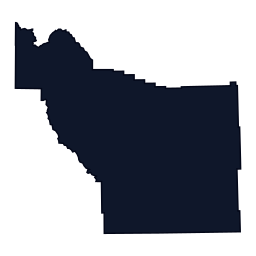 Fremont, Wyoming, United States of America (Albers equal-area conic projection)
{"feature_id": "52423323B51643539353926", "entity_name": "Fremont", "entity_type": "district", "adm_level": 2, "iso_a3": "USA", "parent_name": "United States of America", "parent_adm1": "Wyoming", "projection": "albers", "projection_center": [-109.435, 43.135], "detail": "fine", "context": "isolated", "style": "filled", "palette": "ink", "viewbox_px": 256, "rotation_deg": 0, "n_neighbors": 0, "source": "geoboundaries", "source_scale": "gbopen_adm2", "svg_char_len": 2245}
<svg xmlns="http://www.w3.org/2000/svg" viewBox="0 0 256 256"><path d="M235.7,82.1L230.4,82.3L230.5,85.8L181.4,86.9L181.4,88.2L180.1,88.2L165.5,88.4L165.5,86.7L155.0,86.8L155.0,83.3L144.6,83.4L144.5,79.9L134.1,80.0L134.1,74.8L123.6,74.9L123.6,71.3L113.2,71.4L113.1,69.7L92.4,69.7L92.4,60.1L90.2,58.6L86.8,52.3L84.4,51.1L83.3,48.3L80.3,47.2L80.0,46.4L79.2,43.9L78.1,42.9L75.4,42.8L74.1,38.0L72.5,37.8L71.2,34.8L69.5,34.2L68.7,32.2L66.1,32.0L65.8,30.0L62.7,31.2L60.7,29.3L58.5,29.3L57.2,30.6L56.0,31.2L55.6,30.6L54.3,31.8L52.9,32.7L50.3,35.6L49.4,38.3L48.8,39.5L49.0,40.7L49.3,41.9L48.7,42.6L47.6,42.6L46.5,43.1L45.4,43.6L44.5,43.6L43.5,44.0L42.5,44.7L41.9,45.4L41.3,45.8L41.1,45.7L40.7,45.7L40.6,45.9L39.9,46.3L39.3,46.8L39.0,47.2L38.7,47.4L38.3,47.5L37.8,47.3L37.1,46.8L36.4,46.4L36.0,46.0L35.6,46.0L35.3,45.7L35.2,45.4L34.9,45.1L34.7,45.2L33.9,45.6L33.1,45.0L32.8,44.1L33.1,43.4L32.7,42.7L32.9,42.0L33.4,41.5L34.2,41.4L35.0,41.2L35.7,41.0L36.1,40.6L36.2,40.3L36.0,40.1L35.3,39.8L34.9,39.4L35.1,38.9L35.4,38.7L35.4,37.4L34.9,37.1L33.6,35.9L33.2,35.1L33.4,34.0L33.2,33.2L32.5,32.8L31.8,32.5L31.8,31.2L32.6,30.2L32.6,29.2L31.6,29.3L30.7,29.8L27.4,30.2L24.8,28.6L22.0,29.2L20.7,29.7L20.2,29.2L20.1,28.8L20.2,28.5L20.2,28.1L20.2,27.9L20.1,27.7L19.9,27.6L19.7,27.7L19.2,27.6L18.9,27.7L18.7,27.5L18.7,27.0L18.6,26.5L18.7,26.2L18.5,25.9L18.2,25.7L18.3,25.4L18.0,25.1L17.9,24.8L17.7,24.4L17.5,24.1L17.5,23.8L17.4,23.4L16.1,22.7L15.7,22.7L15.5,45.3L15.7,46.0L15.4,88.2L41.4,88.6L41.4,92.6L41.3,100.3L43.2,100.3L45.4,99.3L46.6,100.3L46.2,104.6L48.5,107.1L47.4,110.5L47.9,111.3L46.7,112.5L48.1,114.5L48.7,116.9L48.2,118.5L49.6,120.0L50.3,124.4L52.2,124.8L53.0,129.4L55.6,130.6L58.3,134.5L59.0,137.3L57.9,138.5L58.8,140.7L59.0,143.0L63.4,143.3L64.3,145.1L66.6,145.5L67.7,148.2L69.6,148.4L71.5,149.9L72.7,151.9L75.1,151.1L77.2,154.2L78.5,157.2L78.9,159.8L80.0,161.9L82.8,163.0L84.1,165.7L86.0,168.0L89.3,169.4L87.8,170.1L87.0,172.4L88.1,173.2L90.6,172.5L92.0,174.6L96.2,176.2L94.8,177.4L96.6,179.7L96.0,181.4L101.5,181.5L101.9,212.9L104.2,212.8L104.3,233.3L158.2,232.9L240.2,231.7L239.7,210.9L238.0,210.9L236.9,169.0L240.6,168.9L240.4,158.4L239.6,127.1L238.3,127.2L237.3,85.6L235.8,85.6L235.7,82.1Z" fill="#0f172a" stroke="#020617" stroke-width="1.5"/></svg>